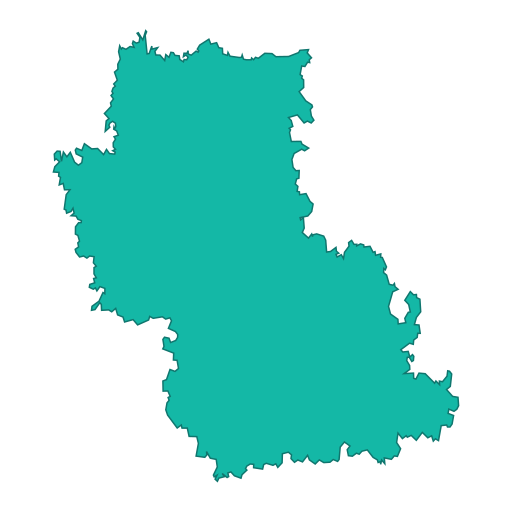 Netrakona, Dhaka, Bangladesh
{"feature_id": "16705992B47191620994273", "entity_name": "Netrakona", "entity_type": "district", "adm_level": 2, "iso_a3": "BGD", "parent_name": "Bangladesh", "parent_adm1": "Dhaka", "projection": "equal_earth", "projection_center": [90.87, 24.887], "detail": "fine", "context": "isolated", "style": "filled", "palette": "teal", "viewbox_px": 512, "rotation_deg": 0, "n_neighbors": 0, "source": "geoboundaries", "source_scale": "gbopen_adm2", "svg_char_len": 5957}
<svg xmlns="http://www.w3.org/2000/svg" viewBox="0 0 512 512"><path d="M433.3,441.1L435.4,438.8L438.5,440.6L441.2,425.6L446.7,425.0L447.5,427.0L450.0,427.0L452.1,424.0L453.6,415.5L448.1,413.4L448.8,409.1L454.0,411.3L456.8,409.3L458.6,405.7L458.0,397.3L452.6,396.4L446.5,389.5L450.3,386.4L451.7,374.0L449.5,371.2L447.7,370.8L447.0,376.2L442.5,381.7L439.4,381.1L439.6,384.7L435.9,381.0L434.6,383.2L425.2,373.7L419.0,373.1L415.9,379.1L413.7,378.3L413.5,373.1L404.1,373.6L409.8,369.4L409.6,365.5L406.7,360.6L407.3,357.3L409.2,357.2L411.8,361.5L413.4,360.5L413.8,356.3L412.5,354.6L409.8,357.0L408.2,351.4L402.8,352.0L400.8,349.7L409.5,343.2L413.3,344.3L413.7,340.0L417.2,337.4L417.7,333.3L420.2,333.3L419.0,325.0L414.4,324.6L416.4,317.4L420.7,311.8L419.9,299.2L416.6,297.6L416.4,294.5L413.5,294.8L410.3,291.6L404.8,300.3L408.7,304.5L410.3,312.0L408.3,312.3L404.8,318.3L405.8,322.7L398.2,323.9L397.9,319.3L390.5,314.0L388.5,306.4L392.7,291.8L398.1,289.3L395.0,286.7L394.4,283.5L393.0,285.2L389.2,284.3L386.6,275.1L383.6,272.6L383.8,268.5L385.3,269.8L386.5,266.9L382.3,257.5L380.6,257.3L380.8,253.9L375.6,255.3L375.0,251.6L373.1,252.3L370.0,246.3L364.0,247.0L363.7,244.9L360.5,243.9L356.7,245.9L356.8,244.3L354.0,244.4L351.6,240.4L348.6,242.6L349.0,246.2L344.5,252.3L343.5,258.6L341.3,254.7L337.1,257.0L336.0,254.3L338.7,253.2L336.4,251.2L336.0,247.4L330.5,251.5L326.6,252.0L325.7,240.2L323.7,236.1L316.7,233.9L312.9,234.8L312.5,236.7L311.7,234.0L308.5,238.1L302.3,232.5L304.2,228.1L303.4,217.7L300.6,219.9L300.1,217.6L307.8,216.0L311.7,211.5L313.1,204.0L310.0,201.4L306.0,193.6L299.6,194.7L299.4,191.8L297.1,191.4L297.9,186.4L295.3,184.0L296.6,178.9L298.9,178.2L299.2,170.5L295.9,170.7L293.1,167.4L291.9,159.5L294.1,153.5L301.7,149.2L304.6,150.8L308.7,148.1L302.0,144.1L300.9,141.4L291.3,141.5L289.5,132.5L290.5,129.8L289.1,128.3L292.8,126.4L291.2,120.5L288.5,117.5L297.4,114.9L304.1,123.0L307.4,121.1L311.2,123.0L313.9,120.2L311.4,116.1L310.3,109.6L312.5,106.9L311.9,104.9L305.8,100.9L299.1,91.6L303.7,87.5L303.6,79.8L301.7,78.3L302.3,76.0L300.1,74.6L301.7,66.0L304.9,66.5L307.6,62.2L309.7,62.6L309.2,59.8L311.5,57.8L307.2,52.9L308.5,49.6L299.9,50.3L298.6,52.6L288.6,56.5L275.9,56.7L272.0,53.6L264.8,53.3L258.3,58.3L255.5,57.3L253.6,59.7L251.6,58.0L251.2,59.8L246.4,59.8L243.5,59.2L242.2,55.0L241.5,57.3L239.3,57.5L230.0,56.2L228.0,52.4L227.4,55.4L222.7,53.8L222.4,48.3L218.8,47.7L216.6,42.7L210.8,44.1L208.9,39.2L199.7,45.1L197.3,49.1L198.8,50.9L198.1,52.2L196.1,51.1L191.2,55.2L188.2,53.9L188.1,50.7L186.9,53.3L184.0,53.2L183.4,56.7L185.9,55.0L188.1,57.2L186.7,59.8L184.1,59.5L183.4,61.8L179.8,59.5L179.2,55.8L175.0,55.4L173.4,52.7L170.9,52.3L169.0,57.3L165.8,54.6L164.7,60.5L160.0,55.1L155.8,55.0L154.9,51.4L157.7,47.6L152.0,49.1L151.8,46.1L149.2,53.5L147.1,53.9L145.2,35.3L146.6,31.8L145.7,30.7L142.8,39.9L138.3,32.7L137.1,33.3L139.9,37.4L139.1,42.2L136.3,43.1L133.2,41.1L132.4,43.6L134.1,47.4L130.1,46.5L126.0,49.3L122.4,47.7L121.3,49.0L119.7,45.8L118.6,51.7L120.3,59.1L117.8,64.2L117.9,69.2L114.5,72.1L117.3,80.2L113.7,84.0L115.3,86.2L113.1,88.0L111.9,91.4L113.0,93.3L111.0,95.5L113.5,98.9L110.5,102.9L111.3,106.2L104.4,113.5L109.0,118.6L106.2,120.9L105.2,131.4L109.8,127.2L108.8,125.1L110.0,123.0L112.6,121.3L115.4,123.2L115.8,126.6L114.7,128.5L114.0,126.9L113.7,129.2L116.7,130.9L118.3,135.2L114.0,136.7L115.5,139.1L113.2,142.8L113.3,146.9L115.5,149.3L112.7,150.7L115.2,152.1L114.7,154.1L109.5,153.6L106.5,149.4L103.6,154.6L97.6,148.5L91.7,148.9L84.4,143.7L81.8,150.5L76.5,148.2L75.3,150.1L76.2,153.9L82.7,157.1L81.8,162.7L78.4,165.2L74.6,162.2L70.3,152.3L66.9,156.8L63.4,152.0L61.5,161.3L60.1,151.3L57.1,151.1L54.3,154.1L54.7,160.0L56.2,158.8L59.6,161.8L54.8,166.7L53.4,172.0L59.0,172.4L58.6,176.1L60.5,177.4L59.2,184.9L63.2,183.4L64.5,189.8L70.0,189.7L66.2,194.7L64.2,209.2L66.0,210.0L66.6,213.2L71.0,211.5L73.0,208.2L74.1,213.1L71.1,215.7L76.1,216.1L77.9,219.3L81.4,220.6L81.2,222.6L78.6,222.7L75.5,226.8L75.4,234.1L77.9,235.4L79.5,241.2L77.8,242.9L78.6,246.9L75.2,249.3L76.0,252.4L79.6,257.0L83.6,256.0L86.9,258.1L89.6,256.0L94.1,256.7L93.4,262.8L96.2,266.2L94.0,267.6L94.0,273.9L96.3,277.8L93.6,278.5L94.7,282.8L89.8,284.4L89.3,287.3L93.3,289.2L95.4,287.9L96.9,290.9L99.9,286.6L104.9,288.4L104.8,293.7L103.0,292.5L99.0,301.2L92.0,306.3L91.5,310.3L95.0,309.6L99.8,302.7L101.3,304.4L101.6,310.3L108.7,309.9L111.7,311.8L115.7,308.4L117.6,314.9L123.0,317.0L124.6,322.0L133.1,319.6L137.6,324.9L148.6,320.0L149.7,316.4L153.2,318.3L162.4,316.8L165.7,319.1L169.9,317.8L171.5,320.8L168.4,328.4L175.4,331.5L177.7,334.5L177.6,337.4L175.7,340.5L170.6,342.5L169.0,338.2L164.5,337.2L162.9,339.4L164.0,346.4L162.8,348.9L173.7,353.1L173.4,360.0L177.1,360.3L178.5,368.5L175.0,371.4L170.0,369.5L166.5,379.6L162.9,381.0L163.1,391.1L167.9,391.0L170.2,396.4L168.1,397.5L169.1,400.3L167.0,402.9L165.8,409.8L167.6,415.1L177.2,428.0L181.3,425.0L182.0,428.1L187.3,428.1L189.1,436.4L196.8,436.6L198.4,443.4L196.1,456.1L204.8,457.3L206.8,455.0L206.5,451.5L210.3,458.2L216.2,459.4L217.3,467.0L213.4,475.1L214.2,476.9L217.0,475.2L215.1,479.2L217.4,481.3L218.9,478.1L224.4,476.7L222.2,473.5L227.1,477.5L228.7,476.6L227.8,473.0L230.9,471.9L234.4,475.8L241.0,478.2L242.0,474.7L246.9,470.1L245.5,468.6L246.8,466.1L250.2,464.0L253.7,464.3L253.6,467.7L262.6,469.1L263.7,464.5L266.3,463.3L273.0,465.3L275.8,463.8L277.8,467.4L282.1,462.8L282.4,453.7L288.4,452.2L291.5,454.8L291.0,458.6L294.5,462.3L297.8,460.0L302.5,461.9L307.6,455.3L309.4,459.9L315.2,464.0L319.3,459.9L323.8,462.6L330.0,462.2L333.2,459.5L337.6,461.4L339.1,459.5L340.2,447.1L344.4,442.0L350.0,446.0L347.2,449.7L348.4,455.7L352.4,456.2L356.4,453.2L359.2,454.2L361.9,451.2L367.3,449.9L373.1,457.4L377.4,459.9L378.1,462.5L380.3,461.7L380.7,464.3L381.6,460.0L384.8,463.7L384.3,457.9L391.4,459.3L394.3,455.9L397.4,456.4L400.6,448.7L396.6,442.5L398.0,433.1L402.4,438.6L406.2,435.7L407.3,437.2L411.2,435.4L416.3,440.3L422.3,432.4L427.8,437.8L431.6,435.8L433.3,441.1Z" fill="#14b8a6" stroke="#0f766e" stroke-width="1.5"/></svg>